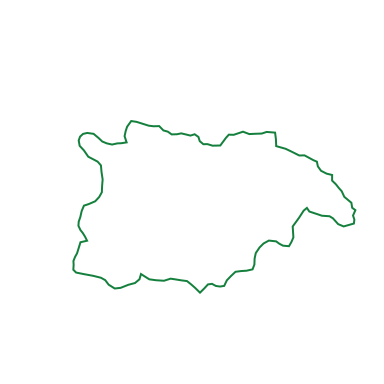 the district of Piranguçu, Minas Gerais, Brazil, rotated 245°
{"feature_id": "56859067B35969927877310", "entity_name": "Piranguçu", "entity_type": "district", "adm_level": 2, "iso_a3": "BRA", "parent_name": "Brazil", "parent_adm1": "Minas Gerais", "projection": "robinson", "projection_center": [-45.515, -22.558], "detail": "fine", "context": "isolated", "style": "outline", "palette": "green", "viewbox_px": 384, "rotation_deg": 245, "n_neighbors": 0, "source": "geoboundaries", "source_scale": "gbopen_adm2", "svg_char_len": 2019}
<svg xmlns="http://www.w3.org/2000/svg" viewBox="0 0 384 384"><g transform="rotate(245 192 192)"><path d="M101.9,257.0L104.7,261.0L108.0,264.7L118.2,268.7L123.4,278.1L127.9,285.3L129.0,289.4L124.7,290.1L118.4,296.8L115.6,299.7L111.9,306.4L108.6,308.6L101.1,310.9L96.7,314.9L95.0,325.4L98.4,327.5L102.6,328.0L106.5,332.4L110.0,330.5L114.9,331.9L123.2,328.0L129.5,328.0L133.4,326.8L138.1,325.7L143.1,323.8L148.2,326.2L151.7,321.8L156.7,317.9L162.0,316.9L166.7,318.0L169.5,315.5L177.6,309.5L179.8,304.6L187.6,298.4L191.6,295.1L198.0,287.7L204.2,290.3L210.7,292.4L214.9,285.0L215.5,279.9L217.8,274.5L220.3,268.4L225.1,263.7L226.2,254.0L228.4,249.6L226.7,245.6L222.2,237.3L225.3,230.2L228.9,226.2L230.5,222.5L234.8,220.5L239.2,221.1L243.2,218.8L243.8,214.4L246.8,210.7L249.7,207.0L250.7,202.8L252.8,197.9L256.9,195.6L259.9,192.1L265.6,190.1L267.8,185.0L270.4,180.8L274.7,176.1L279.0,171.4L282.0,166.9L278.6,160.8L275.2,157.6L271.1,154.5L264.6,153.7L266.1,148.5L267.6,144.9L268.8,139.6L272.1,135.3L275.7,132.0L280.3,130.2L286.3,127.4L289.8,122.0L290.7,117.8L289.5,114.0L286.6,111.1L281.3,109.7L275.5,111.6L267.8,112.9L263.0,116.6L259.4,119.3L254.6,120.7L248.2,118.4L241.1,116.3L235.5,113.1L229.9,110.2L226.7,105.8L224.5,100.4L224.7,93.3L225.3,88.3L221.3,83.9L216.5,80.2L213.0,76.8L209.4,74.8L204.7,74.8L200.9,75.7L196.5,76.2L192.2,76.3L193.6,69.7L189.4,65.9L185.0,61.9L182.6,58.6L179.6,55.4L175.9,53.9L171.7,51.6L168.0,52.9L165.7,56.0L163.2,59.4L160.5,63.2L157.8,67.0L155.3,70.1L152.8,73.2L148.8,76.1L143.2,77.3L137.2,81.2L135.3,86.8L134.8,95.1L133.6,101.9L135.1,107.5L139.2,111.1L135.1,113.7L130.9,116.4L127.3,122.0L123.4,129.1L122.5,136.0L119.5,140.5L116.5,144.9L113.4,149.8L108.8,152.1L103.8,154.3L97.4,156.7L99.4,162.3L101.5,167.4L100.3,171.3L96.8,173.9L94.5,177.4L93.3,181.5L97.2,186.2L99.4,191.9L101.3,197.7L99.6,203.1L97.6,208.2L96.3,214.2L99.9,217.9L105.2,220.6L109.7,224.0L113.2,229.8L115.1,235.1L115.5,241.1L111.7,247.4L108.2,249.3L104.9,251.8L101.9,257.0Z" fill="none" stroke="#15803d" stroke-width="2"/></g></svg>